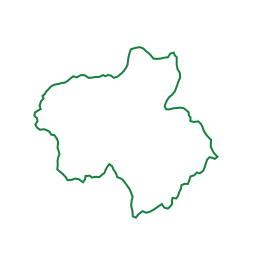 Fortaleza de Minas, Minas Gerais, Brazil, rotated 195°
{"feature_id": "56859067B97541071314937", "entity_name": "Fortaleza de Minas", "entity_type": "district", "adm_level": 2, "iso_a3": "BRA", "parent_name": "Brazil", "parent_adm1": "Minas Gerais", "projection": "mercator", "projection_center": [-46.773, -20.89], "detail": "fine", "context": "isolated", "style": "outline", "palette": "green", "viewbox_px": 256, "rotation_deg": 195, "n_neighbors": 0, "source": "geoboundaries", "source_scale": "gbopen_adm2", "svg_char_len": 2219}
<svg xmlns="http://www.w3.org/2000/svg" viewBox="0 0 256 256"><g transform="rotate(195 128 128)"><path d="M149.9,70.8L146.7,72.5L142.8,73.2L141.4,75.7L139.1,78.4L138.8,81.7L137.9,85.5L136.7,88.3L133.4,86.9L131.2,84.0L129.0,82.3L127.2,80.2L125.6,77.7L122.5,77.5L119.8,76.8L117.1,74.6L113.4,71.7L110.2,68.9L107.9,65.7L105.8,63.0L105.6,58.4L104.9,54.0L103.5,51.2L102.0,48.5L100.5,43.9L97.2,43.4L95.7,47.2L92.3,51.5L88.7,50.8L85.3,52.6L81.7,56.2L78.7,59.7L75.6,63.3L72.3,60.5L68.6,60.5L66.7,63.5L65.7,66.4L66.8,69.0L66.9,72.0L63.2,72.4L62.1,75.2L62.0,78.9L61.1,83.0L61.6,86.6L58.8,88.7L55.7,89.5L55.3,92.9L55.1,97.4L51.9,99.4L50.0,102.8L47.0,102.8L44.4,106.0L43.8,109.7L43.6,114.0L43.4,117.8L41.8,120.8L38.8,121.1L36.2,120.6L34.1,123.3L38.5,126.0L41.2,128.9L43.3,131.4L43.9,134.2L44.7,138.0L47.6,139.8L50.2,141.4L52.5,143.4L54.5,145.5L56.2,148.2L58.3,150.6L61.8,152.6L66.1,150.8L69.6,150.9L70.3,154.3L72.5,156.0L73.4,158.8L76.3,160.3L79.4,161.6L82.8,161.2L85.5,160.1L89.2,158.8L92.7,156.8L95.9,155.9L98.2,158.3L98.0,161.6L97.6,164.6L96.2,168.5L94.0,171.5L92.2,175.6L91.6,181.9L91.3,186.6L90.7,190.3L92.3,194.8L95.3,197.6L97.3,201.6L98.4,205.7L99.3,209.0L101.7,210.3L103.2,212.6L106.4,210.9L107.7,206.7L111.3,205.2L114.4,203.5L118.4,202.1L121.3,201.6L124.5,203.9L127.2,205.6L129.8,206.5L133.7,208.8L137.7,209.1L141.6,207.3L145.5,204.8L145.9,201.1L145.9,197.3L145.4,193.0L144.8,188.8L145.5,185.6L146.7,182.2L148.7,178.6L151.7,174.6L154.7,172.8L157.9,174.2L161.0,174.0L163.2,172.2L165.9,172.6L168.9,169.9L172.8,168.9L176.2,167.1L179.1,166.3L183.7,167.8L187.2,166.9L190.5,163.7L194.3,163.7L196.1,161.4L197.8,158.8L200.7,155.5L204.0,154.1L206.7,152.5L210.3,150.8L213.2,148.2L214.8,144.9L216.5,142.0L217.3,139.1L218.9,136.8L217.2,134.6L218.9,131.4L219.2,126.7L217.2,123.6L219.7,121.4L221.9,118.9L221.7,115.7L218.5,114.0L217.2,111.1L218.4,107.3L215.9,104.8L212.6,103.5L208.9,105.1L205.9,104.9L202.8,104.0L200.5,101.7L197.2,102.0L194.2,99.5L191.7,96.2L191.4,93.1L190.8,90.2L189.1,88.0L187.4,84.8L187.8,81.4L187.6,78.1L186.4,74.6L185.6,69.7L182.9,68.4L179.3,66.8L175.5,64.5L172.8,61.9L168.8,63.5L165.9,65.5L162.2,65.8L157.4,63.9L156.3,67.1L156.6,70.6L152.7,72.0L149.9,70.8Z" fill="none" stroke="#15803d" stroke-width="2"/></g></svg>